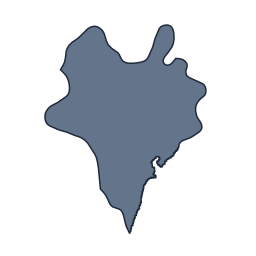 Bajos de Haina, San Cristóbal, Dominican Republic, rotated 354°
{"feature_id": "3306468B44390196227357", "entity_name": "Bajos de Haina", "entity_type": "district", "adm_level": 2, "iso_a3": "DOM", "parent_name": "Dominican Republic", "parent_adm1": "San Cristóbal", "projection": "orthographic", "projection_center": [-70.023, 18.434], "detail": "fine", "context": "isolated", "style": "filled", "palette": "slate", "viewbox_px": 256, "rotation_deg": 354, "n_neighbors": 0, "source": "geoboundaries", "source_scale": "gbopen_adm2", "svg_char_len": 4045}
<svg xmlns="http://www.w3.org/2000/svg" viewBox="0 0 256 256"><g transform="rotate(354 128 128)"><path d="M118.5,232.7L118.8,232.7L118.8,231.4L119.5,231.4L119.5,230.7L120.1,230.7L120.1,228.7L120.8,228.7L120.8,226.6L121.4,226.6L121.4,225.3L122.7,225.3L122.7,223.3L123.3,223.3L123.3,221.9L123.9,221.9L123.9,219.9L124.6,219.9L124.6,218.6L125.2,218.6L125.2,217.9L125.8,217.9L125.8,215.9L127.1,215.9L127.1,213.9L127.8,213.9L127.8,212.6L128.4,212.6L128.4,211.2L129.0,211.2L129.0,210.5L129.7,210.5L129.7,209.9L130.3,209.9L130.3,209.2L131.0,209.2L131.0,206.5L132.2,206.5L132.2,204.5L132.9,204.5L132.9,203.2L133.5,203.2L133.5,199.1L134.1,199.1L134.1,197.1L134.8,197.1L134.8,195.1L135.4,195.1L135.4,193.1L136.0,193.1L136.0,191.7L136.7,191.7L136.7,189.7L137.3,189.7L137.3,187.0L138.0,187.0L138.0,186.4L138.6,186.4L138.6,185.7L139.2,185.7L139.2,185.0L139.9,185.0L139.9,183.7L140.5,183.7L140.5,183.0L141.1,183.0L141.1,182.3L141.8,182.3L141.8,181.7L142.4,181.7L142.4,181.0L143.3,181.0L143.7,181.0L143.7,180.3L145.6,180.3L145.6,179.6L146.2,179.6L146.2,180.3L146.9,180.3L146.9,179.6L148.2,179.6L148.2,180.3L149.7,180.3L150.1,180.3L150.1,179.6L150.7,179.6L150.7,178.9L150.7,178.3L150.1,178.3L150.1,177.6L148.8,177.6L148.8,177.0L148.2,177.0L148.2,176.3L148.8,176.3L148.8,175.6L149.4,175.6L149.4,174.3L150.1,174.3L150.1,170.2L149.4,170.2L149.4,169.6L148.2,169.6L148.2,165.6L147.5,165.6L147.5,164.2L148.2,164.2L148.2,163.5L148.8,163.5L148.8,162.9L149.4,162.9L149.4,162.2L150.7,162.2L150.7,161.5L151.3,161.5L151.3,160.9L152.6,160.9L152.6,159.5L155.2,159.5L155.2,160.2L155.8,160.2L155.8,160.9L156.4,160.9L156.4,162.2L155.8,162.2L155.8,162.9L155.2,162.9L155.2,163.5L154.5,163.5L154.5,164.2L153.2,164.2L153.2,166.2L153.9,166.2L153.9,167.6L154.5,167.6L154.5,168.2L155.2,168.2L155.2,168.9L155.8,168.9L155.8,169.6L156.4,169.6L156.4,170.2L157.7,170.2L157.7,169.6L158.3,169.6L158.3,168.2L159.6,168.2L159.6,167.6L160.9,167.6L160.9,165.6L161.5,165.6L161.5,164.9L162.8,164.9L162.8,163.5L164.1,163.5L164.1,162.9L165.4,162.9L165.4,162.2L167.3,162.2L167.3,161.5L167.9,161.5L167.9,160.9L169.2,160.9L169.2,160.2L170.4,160.2L170.4,158.8L171.1,158.8L171.1,157.5L172.4,157.5L172.4,156.1L173.6,156.1L173.6,155.5L174.3,155.5L174.3,154.8L174.9,154.8L174.9,154.1L175.5,154.1L175.5,152.8L176.0,152.8L176.3,152.8L176.8,150.5L177.5,149.0L178.5,147.8L180.8,146.3L189.1,144.1L192.2,142.7L198.8,139.1L200.7,137.2L201.3,136.0L201.6,134.6L201.4,131.9L200.5,129.5L198.6,125.9L197.6,123.2L197.0,118.5L197.3,115.3L198.2,112.3L199.8,109.8L202.7,106.9L206.9,104.1L207.9,103.2L209.1,100.8L209.5,98.0L209.2,95.3L208.6,93.9L207.9,92.7L206.9,91.8L194.1,84.2L192.2,82.4L191.7,81.3L191.3,78.7L191.8,76.4L193.1,73.4L193.4,71.1L193.1,69.9L191.8,67.6L189.8,65.8L188.6,65.2L185.8,64.3L182.8,63.8L178.8,67.8L176.6,69.2L175.3,69.6L174.0,69.7L172.6,69.4L171.2,68.5L170.3,67.1L170.0,65.7L170.1,64.4L170.5,63.1L172.0,60.9L176.0,56.9L180.0,52.2L181.5,49.5L182.6,46.4L183.2,43.2L183.5,38.5L183.2,35.5L182.2,32.7L181.3,31.5L180.0,30.5L178.6,29.9L177.2,29.6L174.4,29.7L171.7,30.5L170.5,31.4L169.5,32.4L164.1,42.2L161.3,49.5L159.9,52.1L155.6,59.5L153.8,61.7L152.4,62.5L151.0,63.2L147.8,63.9L142.7,64.2L137.7,64.0L134.5,63.4L133.0,62.9L131.6,62.2L130.3,61.3L129.4,60.2L128.3,57.9L127.0,54.2L125.8,52.0L119.8,46.8L117.2,43.3L116.5,42.0L115.6,39.0L114.1,31.5L112.9,28.7L111.1,26.4L108.8,24.6L107.4,23.9L105.9,23.5L104.3,23.3L101.2,23.8L98.3,25.2L89.3,32.3L86.7,34.1L81.2,37.0L77.9,39.8L76.0,42.2L74.7,44.9L72.9,52.5L71.9,55.5L70.5,58.1L67.0,63.0L69.9,66.6L71.7,69.1L72.4,70.5L73.4,73.6L74.0,76.8L74.1,80.0L73.9,83.1L73.2,86.0L71.8,88.6L69.6,90.4L60.9,95.2L53.9,98.0L52.6,98.8L50.3,100.6L48.4,102.9L47.0,105.7L46.5,108.8L46.6,111.8L47.5,114.7L48.3,115.9L50.5,117.8L59.1,122.7L66.4,125.6L74.3,129.8L79.9,132.4L83.5,135.2L86.3,138.7L92.4,150.9L93.4,154.0L93.7,155.7L94.1,159.1L94.4,164.4L94.2,185.9L97.0,189.6L98.6,192.2L99.8,195.0L101.6,200.5L102.7,202.9L104.5,204.8L111.2,208.0L112.1,208.8L113.0,210.0L113.6,211.4L114.4,214.4L115.5,222.9L116.2,226.3L118.5,232.7Z" fill="#64748b" stroke="#1e293b" stroke-width="1.5"/></g></svg>